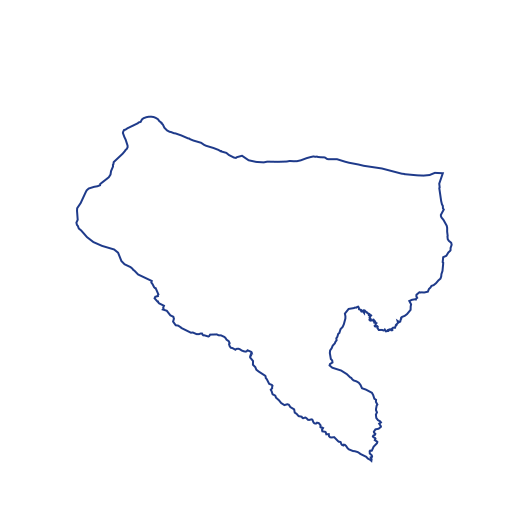 outline of Kota Pagar Alam, Sumatera Selatan, Indonesia, rotated 112°
{"feature_id": "22746128B19740076763731", "entity_name": "Kota Pagar Alam", "entity_type": "district", "adm_level": 2, "iso_a3": "IDN", "parent_name": "Indonesia", "parent_adm1": "Sumatera Selatan", "projection": "equal_earth", "projection_center": [103.303, -4.121], "detail": "fine", "context": "isolated", "style": "outline", "palette": "blue", "viewbox_px": 512, "rotation_deg": 112, "n_neighbors": 0, "source": "geoboundaries", "source_scale": "gbopen_adm2", "svg_char_len": 6040}
<svg xmlns="http://www.w3.org/2000/svg" viewBox="0 0 512 512"><g transform="rotate(112 256 256)"><path d="M272.6,438.4L278.7,439.7L281.1,438.9L289.2,434.9L292.4,435.0L294.2,433.7L294.9,432.4L296.9,430.6L297.8,427.7L301.8,419.8L304.0,412.0L304.3,402.5L303.1,390.0L304.6,385.1L311.1,378.9L312.9,374.8L313.3,368.2L314.1,365.7L314.7,365.0L315.2,363.1L317.3,358.4L318.2,343.3L319.8,343.1L320.9,341.3L323.1,338.8L323.6,337.6L323.4,337.0L328.2,332.1L329.5,332.4L330.0,332.0L331.5,334.1L333.2,334.2L335.1,330.4L334.9,329.8L335.6,329.3L336.2,328.1L336.6,322.7L338.6,322.7L339.5,322.0L340.5,322.3L340.2,318.2L343.1,313.2L343.3,309.9L344.9,308.6L347.9,308.3L350.3,304.5L349.7,302.1L350.4,298.7L350.7,298.3L351.5,287.6L350.6,285.9L350.7,281.9L349.8,279.6L348.7,278.4L348.1,277.0L349.0,276.0L349.3,275.1L348.9,274.4L348.5,270.0L347.8,269.4L346.1,269.1L343.4,263.0L343.5,260.9L342.7,258.7L342.9,254.9L343.6,253.3L344.6,252.0L345.2,249.4L346.7,247.8L347.8,248.0L349.5,246.6L350.5,245.0L350.2,243.3L350.6,240.0L349.5,239.4L348.6,237.7L348.5,236.2L349.0,233.7L348.9,231.3L348.5,229.7L347.9,229.0L346.6,228.5L346.7,224.6L347.0,223.9L347.6,223.9L348.1,223.3L348.5,223.9L349.6,223.9L350.2,223.3L351.1,223.9L352.3,223.4L354.5,219.4L358.0,218.1L359.3,215.0L361.3,213.1L362.1,210.3L363.6,202.6L363.9,202.1L365.5,201.2L366.2,199.8L369.6,195.9L369.6,193.0L370.1,192.1L371.4,192.0L372.6,191.5L374.5,192.2L375.6,190.8L377.7,189.1L378.0,188.7L378.2,186.2L378.6,185.4L379.8,184.5L381.2,180.6L382.9,177.6L383.6,173.8L381.7,171.4L381.6,169.8L383.2,167.6L383.9,163.2L386.7,161.4L387.1,159.3L388.5,156.5L387.9,153.5L388.7,152.3L388.8,151.6L387.3,149.8L387.3,149.3L387.6,148.1L388.4,146.5L388.1,145.3L386.7,143.4L386.6,142.8L386.7,142.4L388.8,140.3L389.2,139.4L389.2,138.4L388.6,137.3L387.7,137.0L387.4,135.2L388.8,132.7L390.5,132.2L390.7,131.3L390.3,130.6L390.4,129.4L392.5,129.7L393.7,128.8L393.1,126.0L393.3,125.3L395.0,124.0L393.9,121.8L395.7,120.8L396.3,119.5L396.1,118.3L394.7,115.6L397.0,110.4L397.2,109.4L396.9,108.9L396.8,107.9L398.6,106.2L399.0,105.3L398.9,104.0L398.1,104.0L397.8,102.9L398.4,101.3L399.9,99.1L400.5,97.5L400.5,93.0L400.0,91.3L399.7,88.2L400.1,85.9L400.4,85.4L400.9,78.6L401.9,76.5L402.2,73.7L402.7,72.3L401.1,72.7L399.7,74.2L398.8,73.2L398.3,73.3L397.4,74.1L396.5,76.5L394.4,77.5L393.6,77.2L393.4,76.1L393.1,75.7L388.7,75.5L384.3,73.7L383.0,73.8L382.8,73.9L382.2,76.9L380.6,76.8L380.2,77.3L380.0,79.2L379.6,80.0L378.6,80.0L377.2,78.7L376.2,78.7L375.5,80.4L374.8,80.9L372.0,80.3L370.2,77.6L367.6,76.2L367.1,76.4L365.3,79.0L363.5,77.8L362.8,78.9L362.5,81.4L361.1,83.8L358.2,85.4L355.6,85.3L354.1,86.9L353.0,87.4L349.4,88.1L348.3,87.8L346.3,90.2L344.4,90.8L344.0,92.8L341.0,95.3L339.4,97.3L338.7,104.1L338.9,108.2L336.4,110.8L335.0,113.2L334.6,115.9L334.8,119.0L334.1,120.9L333.3,122.0L333.3,123.1L331.5,127.5L330.3,134.2L331.0,143.4L329.9,146.8L328.4,146.9L326.1,145.2L324.6,146.0L323.9,146.9L323.5,148.0L318.3,151.2L315.8,151.9L313.2,151.3L310.4,151.3L307.5,150.2L305.7,150.2L304.0,149.7L302.2,150.7L300.6,150.3L297.4,150.6L296.2,149.9L292.1,150.2L289.3,149.1L286.3,149.0L280.5,149.7L278.4,150.5L276.1,152.0L270.4,150.3L267.6,145.7L266.8,145.0L266.2,143.5L265.3,143.1L264.7,142.2L265.7,141.1L266.8,140.5L266.6,138.4L266.9,138.0L267.5,138.1L268.0,137.4L267.3,136.1L267.2,135.4L267.9,135.1L268.3,134.4L266.9,134.9L266.3,136.1L265.9,135.7L265.8,134.8L266.6,133.1L266.6,132.2L267.1,131.7L267.3,129.5L267.9,129.7L268.5,129.3L267.8,127.5L268.0,127.0L270.2,127.8L271.2,126.4L272.2,127.1L272.7,126.9L273.1,125.8L272.7,125.1L272.2,125.1L272.3,124.4L272.1,123.7L271.0,123.4L271.0,123.0L271.7,122.6L271.8,121.5L272.2,121.0L272.9,121.8L273.5,121.3L273.1,120.6L273.2,119.2L274.6,119.5L275.6,119.0L276.4,119.7L276.6,119.5L276.7,118.9L275.6,117.3L276.0,116.6L277.2,116.5L278.6,114.4L277.3,111.4L277.3,109.9L276.8,109.2L276.0,109.0L277.2,107.3L276.4,106.1L276.0,106.1L275.9,105.2L274.9,104.8L274.7,105.4L273.7,104.3L274.2,102.8L274.0,102.1L273.5,101.8L272.4,102.7L271.1,102.0L270.4,100.2L268.9,100.4L267.4,99.9L267.2,100.3L264.7,99.2L263.2,100.4L263.6,98.4L262.8,97.7L260.7,98.0L259.7,97.8L259.3,98.3L258.7,98.3L257.8,97.8L255.8,95.7L253.3,94.2L248.0,92.5L244.8,93.7L242.7,94.1L240.3,97.0L238.2,95.0L236.6,92.4L236.5,91.5L235.4,91.5L234.4,90.9L233.2,92.3L231.8,92.7L228.4,90.9L228.3,89.9L227.9,89.4L226.8,86.3L224.7,83.3L221.8,83.3L219.8,82.4L218.0,82.1L216.5,80.4L213.8,78.9L210.2,77.7L207.9,76.5L205.7,76.6L203.3,77.3L200.0,77.5L193.9,79.3L192.1,79.9L191.8,80.6L187.0,82.0L184.5,79.6L180.7,79.0L178.4,77.9L177.7,77.8L175.7,78.6L172.3,78.8L170.6,80.0L169.7,82.9L168.6,84.5L166.2,85.8L165.6,85.8L161.8,87.9L158.3,89.3L156.5,90.5L152.3,95.7L150.8,98.5L149.7,99.5L148.6,100.0L142.6,99.3L141.8,100.5L139.5,101.6L138.5,102.9L135.7,104.9L124.4,111.5L123.6,111.4L120.3,113.2L109.3,113.8L111.9,121.3L115.9,125.4L118.7,130.8L120.8,136.7L124.5,149.0L124.4,149.3L125.1,151.8L127.7,172.1L132.0,189.9L132.8,195.3L134.7,204.8L135.2,208.7L135.9,217.1L139.2,225.3L139.4,226.6L138.9,228.7L139.0,229.7L140.2,233.0L141.0,235.7L141.0,236.7L141.8,238.2L142.2,240.1L144.0,242.7L146.3,245.7L150.5,250.3L152.8,253.6L154.0,256.5L155.3,260.4L156.9,262.9L160.5,271.0L164.3,280.9L166.3,283.9L168.7,291.1L170.0,298.7L168.3,306.5L171.5,310.7L172.6,311.4L173.0,313.4L172.5,319.0L171.5,322.1L172.1,327.7L171.8,327.8L172.0,328.6L171.7,330.6L171.8,336.0L172.5,343.5L172.4,345.7L171.6,349.3L172.4,357.3L172.4,361.0L172.1,361.8L172.4,362.9L172.2,370.5L172.5,376.6L172.9,378.1L172.9,381.2L173.2,382.7L172.9,385.5L171.4,389.0L169.0,391.6L168.4,393.3L167.9,393.4L167.2,396.1L165.9,398.2L165.5,400.8L165.5,402.9L166.1,405.4L167.1,407.7L168.4,409.7L170.4,411.9L172.1,412.9L174.9,413.2L176.2,414.9L177.2,415.3L185.7,423.0L187.8,424.4L188.5,425.5L190.4,425.7L191.8,425.5L195.0,422.6L197.0,420.4L201.8,416.4L203.2,415.8L205.0,415.9L207.0,416.8L207.6,416.8L211.2,418.0L222.2,423.1L224.4,422.6L225.1,422.8L226.6,422.1L231.6,422.2L235.0,421.4L238.2,422.0L247.5,427.4L248.8,427.1L250.7,429.1L252.5,432.0L256.1,436.4L258.6,437.6L260.7,437.8L272.6,438.4Z" fill="none" stroke="#1e3a8a" stroke-width="2"/></g></svg>